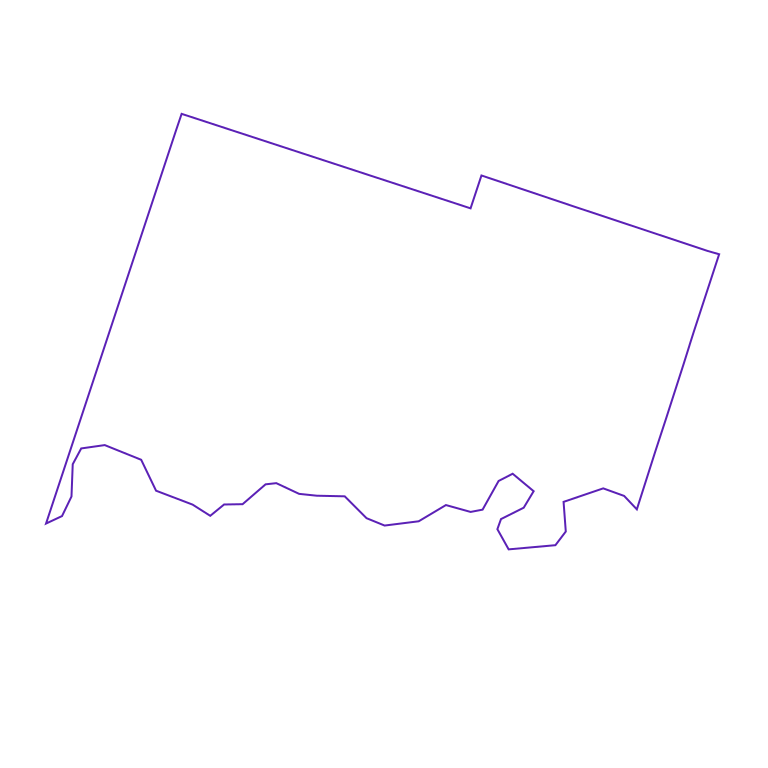 Lafayette, Missouri, United States of America, rotated 196°
{"feature_id": "52423323B34956580820972", "entity_name": "Lafayette", "entity_type": "district", "adm_level": 2, "iso_a3": "USA", "parent_name": "United States of America", "parent_adm1": "Missouri", "projection": "equal_earth", "projection_center": [-93.837, 39.101], "detail": "fine", "context": "isolated", "style": "outline", "palette": "violet", "viewbox_px": 768, "rotation_deg": 196, "n_neighbors": 0, "source": "geoboundaries", "source_scale": "gbopen_adm2", "svg_char_len": 765}
<svg xmlns="http://www.w3.org/2000/svg" viewBox="0 0 768 768"><g transform="rotate(196 384 384)"><path d="M653.8,570.9L670.4,156.7L657.1,168.3L653.4,189.7L661.1,221.1L657.3,238.6L635.6,248.3L596.5,244.2L573.7,218.6L534.7,215.3L514.7,209.4L504.5,224.1L486.8,229.5L470.2,254.9L460.2,259.0L435.3,255.0L417.8,258.1L390.8,265.2L363.8,250.2L344.4,248.1L312.8,261.6L291.1,284.7L265.5,284.9L254.6,290.4L247.1,322.4L235.6,333.2L210.6,322.2L215.6,303.6L234.3,286.4L235.0,275.7L218.6,259.4L174.8,276.3L168.6,292.3L178.9,320.2L144.5,344.1L122.3,342.6L106.4,333.2L104.6,394.5L103.3,429.3L101.5,485.4L101.0,505.0L101.0,506.3L100.6,520.2L97.6,601.1L109.7,601.1L251.1,607.0L347.8,611.3L349.2,576.7L653.0,587.9L653.8,570.9Z" fill="none" stroke="#5b21b6" stroke-width="2"/></g></svg>